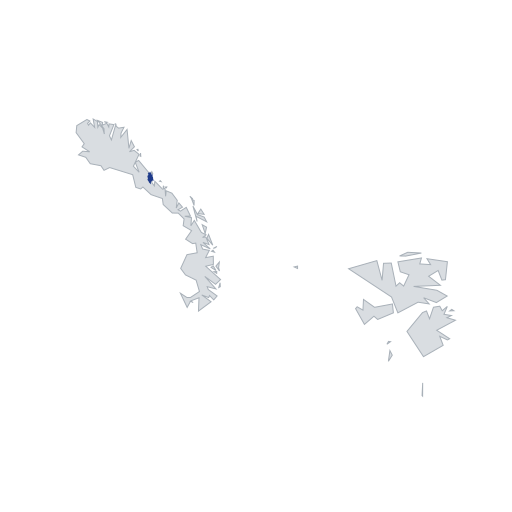 location of Nærøy nor, Nord-Trøndelag, Norway, rotated 107°
{"feature_id": "86288312B32212303283583", "entity_name": "Nærøy nor", "entity_type": "district", "adm_level": 2, "iso_a3": "NOR", "parent_name": "Norway", "parent_adm1": "Nord-Trøndelag", "projection": "mercator", "projection_center": [11.614, 64.899], "detail": "fine", "context": "in_parent", "style": "filled", "palette": "blue", "viewbox_px": 512, "rotation_deg": 107, "n_neighbors": 0, "source": "geoboundaries", "source_scale": "gbopen_adm2", "svg_char_len": 7354}
<svg xmlns="http://www.w3.org/2000/svg" viewBox="0 0 512 512"><g transform="rotate(107 256 256)"><path d="M270.1,313.2L261.3,317.4L262.7,320.3L260.5,328.2L250.6,325.0L248.3,334.5L241.6,335.6L237.7,342.9L239.4,348.6L233.9,359.8L228.4,362.3L228.0,374.3L223.1,384.3L225.6,385.9L225.5,391.0L214.3,397.7L214.2,421.8L218.5,426.4L215.0,430.7L216.2,441.5L211.4,447.6L211.2,455.3L206.4,452.3L205.0,445.5L202.5,454.3L198.8,453.1L190.6,464.1L183.7,465.5L174.9,457.6L175.5,454.3L178.4,455.9L179.9,454.4L177.1,453.3L180.2,447.9L172.6,451.8L173.7,447.0L179.1,444.9L176.2,444.4L178.6,440.0L183.7,436.7L178.7,438.6L172.7,447.0L173.1,441.7L175.9,441.3L172.7,437.5L175.7,434.5L172.6,435.2L171.9,430.3L183.9,431.3L187.3,428.2L172.5,428.5L173.9,424.8L171.5,419.9L177.9,421.0L182.1,420.0L172.7,416.3L190.2,409.0L182.1,409.1L187.1,404.2L193.3,407.5L190.6,403.4L193.0,397.6L206.0,399.5L210.1,392.2L201.8,398.8L198.9,396.2L210.3,378.8L216.3,377.1L218.7,373.7L214.1,374.6L219.4,364.9L217.9,362.8L225.3,359.9L219.9,360.9L220.5,354.8L225.8,347.6L233.5,346.3L227.8,345.3L230.8,340.6L234.6,344.1L235.2,341.4L229.9,336.9L237.0,330.3L238.8,335.8L238.2,328.9L246.2,327.1L240.0,325.4L249.4,315.2L250.4,309.9L253.9,312.5L252.5,309.6L258.8,304.2L258.5,310.7L262.6,301.8L261.3,312.1L265.0,309.1L264.3,302.3L272.3,303.7L268.7,296.8L276.5,294.3L280.5,301.1L288.9,283.0L294.9,286.4L290.5,299.0L299.2,284.7L299.6,293.7L302.0,291.9L305.6,281.5L310.3,283.6L307.4,288.9L309.6,289.1L309.1,296.5L312.9,285.6L325.5,294.9L312.6,298.3L318.0,305.3L325.3,306.8L313.7,317.4L315.9,309.9L314.8,306.5L306.5,299.7L296.6,306.2L294.7,317.9L289.9,324.4L274.9,322.4L270.1,313.2ZM238.4,61.5L247.8,69.9L246.9,83.5L251.2,76.4L252.8,87.5L268.9,103.7L255.6,114.4L241.1,163.7L225.1,139.1L242.4,128.3L225.7,131.9L223.2,124.6L243.9,113.3L239.6,110.8L241.6,106.0L229.2,104.2L228.9,113.4L220.1,118.6L209.5,97.2L215.7,97.1L213.2,86.5L208.6,91.7L205.5,71.3L223.3,67.9L224.7,71.2L216.6,77.6L224.9,85.0L230.1,71.1L239.0,96.4L235.9,73.0L238.4,61.5ZM259.1,46.5L274.2,61.5L278.5,46.6L280.3,48.4L279.1,56.8L286.7,50.9L303.3,66.4L284.0,89.6L261.4,80.2L258.7,76.9L265.3,71.7L253.1,71.3L250.3,65.6L253.9,61.9L248.3,58.3L256.8,59.2L255.8,51.7L259.2,55.4L259.1,46.5ZM270.2,108.0L281.1,121.1L279.1,125.6L289.7,132.3L277.2,145.4L275.0,144.4L276.5,137.9L266.1,140.5L270.4,127.6L262.0,111.5L270.2,108.0ZM235.6,324.9L240.2,322.4L226.7,330.9L233.5,324.1L233.9,317.0L237.7,313.2L235.6,324.9ZM242.9,311.7L249.3,311.2L241.8,316.6L242.9,311.7ZM249.2,307.7L258.3,300.5L253.5,308.1L249.2,307.7ZM204.8,98.7L212.3,112.8L214.0,118.7L208.1,112.0L204.8,98.7ZM231.3,317.8L232.4,324.0L227.3,322.5L231.3,317.8ZM281.0,286.5L277.4,291.4L272.5,289.3L278.2,288.3L281.0,286.5ZM281.6,290.0L280.0,295.7L277.9,294.1L281.6,290.0ZM221.0,331.4L225.8,330.0L220.6,334.0L221.0,331.4ZM340.9,56.4L328.6,59.5L341.3,55.7L340.9,56.4ZM311.0,96.7L318.0,98.6L307.3,100.3L311.0,96.7ZM292.1,282.5L295.8,281.2L297.0,282.4L292.1,282.5ZM284.1,288.5L283.3,291.6L282.3,289.0L284.1,288.5ZM264.5,296.8L264.5,299.9L263.0,298.8L264.5,296.8ZM255.8,212.6L255.3,216.3L253.5,213.3L255.8,212.6ZM302.1,105.0L298.9,104.3L298.6,102.3L302.1,105.0ZM207.5,378.8L208.4,380.8L205.8,380.3L207.5,378.8ZM258.3,296.2L260.1,297.4L261.2,299.1L258.3,296.2ZM250.5,50.8L251.9,54.7L249.8,53.2L250.5,50.8ZM194.3,396.2L191.3,396.5L194.4,395.3L194.3,396.2ZM190.1,399.3L189.0,400.9L188.5,400.1L190.1,399.3ZM219.8,334.6L218.2,336.7L219.9,333.1L219.8,334.6ZM172.2,438.1L171.9,440.4L171.6,437.4L172.2,438.1ZM216.7,363.2L216.0,361.5L217.0,361.6L216.7,363.2ZM318.9,302.5L318.5,304.9L318.3,304.4L318.9,302.5ZM217.6,364.8L215.8,365.1L217.9,364.4L217.6,364.8ZM212.6,368.5L212.7,370.1L211.9,369.6L212.6,368.5ZM171.4,428.3L170.7,429.7L170.8,428.6L171.4,428.3Z" fill="#d9dde1" stroke="#a8b0b8" stroke-width="1"/><path d="M214.5,378.9L214.3,378.7L214.3,378.4L214.2,378.2L214.0,378.3L214.1,378.5L214.0,378.4L213.8,378.5L213.7,378.3L213.5,378.1L213.5,377.8L213.6,377.7L213.1,377.6L213.1,377.4L213.0,377.5L212.9,377.7L212.3,378.3L212.3,378.2L212.2,378.2L212.1,378.3L212.1,378.5L211.9,378.4L211.9,378.5L211.7,378.5L211.7,378.4L211.4,378.5L211.4,378.4L211.2,378.4L211.0,378.5L210.9,378.8L211.4,378.7L211.5,378.7L211.6,378.8L211.6,378.7L211.9,378.8L211.7,379.0L211.3,379.2L211.3,378.9L211.0,379.0L211.2,379.3L211.3,379.4L211.2,379.4L211.0,379.0L210.9,379.0L210.8,379.3L210.8,379.1L210.4,379.2L210.2,379.4L210.3,379.4L210.3,379.5L210.5,379.7L210.4,379.7L210.6,379.9L210.7,379.6L211.0,379.5L210.9,379.6L210.8,379.8L210.8,380.0L210.8,379.9L210.8,379.7L210.7,379.8L210.7,380.0L210.8,380.0L211.4,379.8L211.7,379.8L211.3,380.0L211.0,380.2L210.8,380.3L209.9,380.4L209.0,380.7L209.0,380.8L208.9,380.9L208.9,381.0L209.0,381.0L208.9,381.0L209.0,381.0L208.8,381.1L209.0,381.2L209.0,381.3L209.0,381.2L209.4,381.0L209.2,381.1L209.3,381.2L209.5,381.2L209.4,381.2L209.6,381.2L209.8,381.2L210.0,381.1L209.7,381.4L209.6,381.5L209.4,381.8L209.2,381.9L209.1,382.0L209.1,381.9L209.0,382.0L208.9,381.9L208.5,382.1L208.6,382.3L208.7,382.2L208.8,382.2L209.0,382.0L208.7,382.3L208.9,382.3L209.3,382.1L209.7,382.0L209.9,381.8L209.8,381.7L210.2,381.4L209.9,381.5L209.8,381.4L210.1,381.4L210.1,381.2L210.4,381.2L210.5,381.1L210.8,381.0L210.7,381.0L210.8,381.0L211.0,380.9L211.3,380.4L211.1,380.5L211.0,380.4L211.7,380.1L212.2,379.8L212.7,379.5L213.0,379.2L213.1,379.3L213.4,379.3L213.5,379.1L213.6,378.9L213.7,379.0L213.8,379.0L214.0,378.9L214.4,379.1L214.6,379.3L214.8,379.3L214.8,379.2L215.1,379.2L215.2,379.4L215.6,379.5L215.8,379.8L216.3,379.4L216.7,378.7L216.3,378.8L215.6,378.6L214.9,379.1L214.8,378.9L214.7,379.0L214.5,378.9ZM215.2,379.5L214.7,379.3L214.3,379.4L214.5,379.3L214.4,379.1L214.1,379.0L213.7,379.1L213.8,379.2L213.5,379.3L213.4,379.5L213.0,379.4L212.5,379.8L212.3,379.8L212.0,380.0L211.8,380.2L211.5,380.3L211.4,380.5L211.2,380.8L211.4,380.9L211.5,380.8L211.8,380.7L212.0,380.5L212.1,380.4L212.1,380.5L212.2,380.4L211.8,380.8L211.1,381.1L211.4,381.0L211.5,381.1L211.4,381.2L211.6,381.2L211.8,381.2L211.7,381.3L211.8,381.3L211.7,381.4L212.0,381.4L212.2,381.2L212.2,381.3L212.5,381.3L212.2,381.5L211.9,381.6L211.7,381.8L211.8,381.7L211.7,381.6L211.2,381.6L210.8,381.7L210.7,381.8L210.8,381.9L211.1,381.8L211.0,382.0L210.8,382.0L211.1,382.1L210.8,382.1L210.7,381.9L210.5,382.0L210.4,382.0L210.5,382.0L211.1,382.4L211.4,382.4L211.5,382.2L211.9,381.9L212.6,381.8L212.8,381.6L213.1,381.5L213.3,381.3L213.3,381.2L213.6,381.0L213.8,381.0L214.0,380.8L214.5,381.2L214.7,380.8L214.7,380.7L214.9,380.7L214.9,380.4L215.0,380.2L215.1,379.9L215.2,379.5ZM210.1,379.4L209.5,379.9L209.5,380.0L209.2,380.2L209.0,380.4L209.0,380.5L209.9,380.3L210.6,380.3L210.8,380.1L210.7,380.0L210.5,379.9L210.3,379.7L210.1,379.5L210.1,379.4ZM212.6,377.5L212.1,377.9L211.8,378.0L211.8,378.3L212.4,378.0L212.9,377.6L212.6,377.5ZM210.1,379.1L209.9,379.2L209.7,379.2L209.8,379.3L210.0,379.3L210.1,379.2L210.1,379.1ZM208.8,380.8L208.6,380.9L208.3,381.1L208.8,380.8ZM209.1,381.3L208.9,381.4L208.8,381.5L209.1,381.5L209.2,381.4L209.3,381.3L209.1,381.3ZM208.9,380.6L208.7,380.6L208.5,380.8L208.9,380.7L209.0,380.6L208.8,380.6L208.9,380.6ZM211.4,378.2L211.2,378.2L211.0,378.3L211.3,378.3L211.4,378.2ZM208.4,382.0L208.1,382.0L208.4,382.0ZM211.9,381.5L212.1,381.6L211.9,381.5L211.9,381.5ZM211.5,381.3L211.2,381.2L211.3,381.3L211.5,381.3ZM210.6,381.3L210.4,381.2L210.3,381.3L210.6,381.3ZM209.2,380.0L209.3,379.9L209.2,380.0Z" fill="#3b82f6" stroke="#1e3a8a" stroke-width="1.5"/></g></svg>